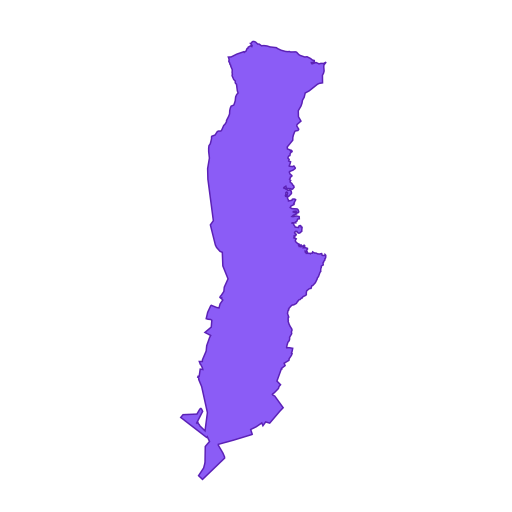 the district of Mereni, Covasna, Romania, rotated 351°
{"feature_id": "2599482B11126024724962", "entity_name": "Mereni", "entity_type": "district", "adm_level": 2, "iso_a3": "ROU", "parent_name": "Romania", "parent_adm1": "Covasna", "projection": "orthographic", "projection_center": [26.261, 46.117], "detail": "fine", "context": "isolated", "style": "filled", "palette": "violet", "viewbox_px": 512, "rotation_deg": 351, "n_neighbors": 0, "source": "geoboundaries", "source_scale": "gbopen_adm2", "svg_char_len": 6091}
<svg xmlns="http://www.w3.org/2000/svg" viewBox="0 0 512 512"><g transform="rotate(351 256 256)"><path d="M193.4,450.7L193.5,449.5L192.5,445.5L189.2,437.1L189.3,436.1L204.7,434.4L224.0,431.7L224.4,431.5L223.6,426.5L229.5,424.7L235.6,421.8L236.3,424.7L239.6,421.4L243.4,423.2L255.4,412.9L259.1,410.1L252.6,397.3L250.9,396.0L250.5,395.3L250.8,394.8L252.6,394.0L257.4,390.4L258.4,388.4L260.1,387.0L257.1,382.8L263.4,371.4L263.8,371.5L263.8,370.9L267.6,368.8L267.0,366.3L272.2,364.2L272.7,362.6L275.4,359.7L276.3,358.2L276.4,357.9L275.8,357.5L276.8,355.7L277.8,352.9L274.3,351.7L272.0,351.5L271.9,351.2L272.7,348.9L274.0,346.2L275.5,344.9L276.2,343.4L276.5,341.5L279.1,338.3L279.1,336.5L280.0,334.8L279.9,333.6L278.7,330.8L278.0,328.5L277.5,325.3L277.9,324.6L277.8,323.6L278.3,321.5L278.8,321.4L278.1,317.8L279.0,315.1L279.8,314.5L279.8,313.6L280.3,313.4L280.4,312.8L283.4,310.4L284.8,310.0L285.5,310.2L288.5,309.1L289.5,307.8L290.2,307.5L290.5,306.8L291.8,305.9L292.7,305.9L294.4,304.6L294.8,304.8L296.1,303.5L299.1,302.6L299.7,301.9L299.9,300.3L300.6,298.3L303.6,296.6L305.3,296.6L306.4,294.2L307.5,294.0L310.4,291.7L312.8,288.3L313.2,287.2L314.4,286.2L316.6,282.2L317.6,281.3L317.6,280.4L318.1,278.4L318.7,277.6L318.9,276.2L321.0,275.3L321.1,273.3L321.8,272.7L321.9,272.1L323.4,270.7L323.7,269.3L324.2,269.1L324.7,268.1L325.0,266.2L324.4,265.3L324.2,265.9L323.6,266.2L321.6,265.8L321.3,265.2L321.4,264.0L321.8,263.8L319.1,264.0L317.1,263.5L316.0,262.6L314.1,262.1L312.6,260.8L312.0,262.0L310.4,261.9L310.1,262.3L308.9,261.6L307.7,261.6L307.3,261.2L306.1,261.3L305.8,260.4L304.9,259.8L305.3,259.9L305.3,259.1L305.9,259.5L306.3,259.0L307.2,259.8L306.9,258.5L307.6,257.2L307.9,257.2L308.0,256.5L306.2,255.6L303.9,255.3L304.1,254.9L305.5,254.7L305.7,253.4L305.5,253.1L305.0,253.5L304.9,253.2L304.4,253.4L304.3,253.1L302.6,253.9L301.7,253.9L301.6,253.5L302.3,252.7L302.3,252.4L300.2,253.4L299.8,252.2L301.6,252.3L300.8,251.3L299.0,250.1L297.4,248.1L297.2,247.2L297.4,246.6L298.4,245.3L296.2,244.0L296.6,243.4L296.7,242.7L297.1,243.0L297.1,242.4L297.5,242.6L297.8,241.8L298.5,241.9L299.0,241.3L299.1,240.8L298.5,240.5L297.7,239.1L298.0,238.4L299.1,238.2L299.4,237.8L299.9,238.3L300.3,238.2L300.9,239.5L301.9,240.2L303.1,240.0L305.2,238.6L305.2,237.8L306.0,234.9L305.8,234.5L305.1,234.4L305.0,233.2L304.5,232.8L303.3,232.9L302.4,234.5L299.2,233.6L299.1,232.8L298.4,231.7L298.1,229.9L296.7,229.2L296.9,228.8L300.4,229.5L300.3,228.6L301.6,228.2L302.1,227.6L302.8,226.1L304.6,226.0L304.8,223.8L302.1,222.8L298.7,222.9L297.7,222.6L299.3,221.5L302.7,220.8L302.4,219.6L300.5,218.9L299.6,218.3L299.8,217.9L302.5,217.9L303.1,219.2L304.0,219.9L304.8,219.7L305.2,218.7L304.7,216.7L303.9,215.9L298.9,214.8L297.3,213.5L298.4,212.1L301.6,211.1L301.5,210.0L302.2,209.7L302.3,208.9L304.0,206.7L303.3,205.9L301.4,205.5L300.7,205.7L300.2,206.6L296.7,206.7L296.8,205.8L296.2,204.4L296.3,202.4L294.6,201.7L294.4,201.1L295.0,200.0L295.4,198.1L296.1,197.6L296.9,198.2L297.0,199.0L296.0,201.1L296.3,201.7L297.5,202.3L300.6,200.0L301.0,199.3L300.8,198.2L301.0,197.5L299.9,196.2L297.7,196.2L296.8,195.0L296.1,194.8L295.5,193.9L294.4,193.6L294.0,193.1L294.4,192.6L296.4,191.7L296.6,193.5L297.1,194.1L300.8,194.9L301.9,195.8L302.8,195.5L304.4,194.0L304.1,192.3L303.5,191.9L302.8,190.0L301.3,188.4L301.3,187.9L302.1,186.8L301.3,186.0L301.1,185.4L301.9,184.6L302.3,183.5L303.7,182.9L304.0,182.5L304.0,182.1L302.4,180.3L302.0,178.3L302.4,177.8L306.0,177.0L308.4,175.7L308.6,175.2L307.5,173.0L306.0,173.4L302.9,172.5L302.9,172.1L304.2,170.0L304.9,168.3L303.1,167.3L303.9,165.7L302.9,164.6L303.0,163.7L303.9,162.4L305.2,162.1L305.8,160.0L307.1,158.9L307.8,158.7L308.1,158.1L307.1,156.9L306.4,157.5L305.8,156.3L303.8,155.2L303.9,153.2L310.4,147.4L310.9,144.7L311.9,142.3L313.7,139.2L314.3,138.7L317.0,138.6L317.9,137.8L318.0,137.3L316.6,134.0L316.8,133.2L317.2,132.5L321.5,129.8L319.7,125.1L320.5,119.1L323.9,114.9L325.3,112.3L326.3,109.4L328.4,106.8L330.1,102.7L334.4,101.2L343.5,96.0L345.6,95.4L348.8,95.4L349.9,87.9L351.3,86.0L352.2,83.9L352.5,79.8L353.0,77.9L355.6,75.5L352.8,76.4L350.3,75.9L348.3,76.1L345.6,74.3L341.4,75.0L340.9,74.2L340.9,73.6L341.8,73.8L343.9,73.3L344.2,72.7L344.1,72.0L342.4,71.3L340.8,69.5L337.6,67.2L335.3,67.1L331.0,64.8L329.8,63.8L328.0,61.1L327.2,60.6L322.0,59.9L320.9,59.2L319.5,59.2L317.2,58.6L313.0,56.7L309.9,54.6L308.7,53.4L302.6,51.7L299.8,50.3L296.7,49.4L294.3,49.2L292.3,47.2L290.8,46.9L289.0,44.6L287.4,43.7L286.0,43.7L284.3,45.2L283.8,45.2L285.1,47.5L284.6,48.5L283.5,47.6L281.0,48.5L280.4,49.6L279.9,49.6L279.2,50.2L278.5,51.8L276.3,53.0L276.0,52.3L268.6,53.6L262.6,55.5L259.8,55.2L260.2,57.4L259.6,59.7L260.2,61.1L260.3,62.8L260.8,63.5L260.8,64.8L261.7,68.3L261.1,71.0L261.1,72.9L260.7,73.5L260.6,74.3L261.6,78.2L262.9,79.9L262.6,81.6L262.8,82.3L263.6,83.3L263.4,89.9L263.8,92.2L262.2,93.5L260.8,95.6L259.7,99.6L257.9,103.1L257.5,103.5L254.9,104.1L253.8,105.8L252.8,108.3L252.1,111.6L250.8,113.8L248.1,117.5L247.8,118.9L246.1,120.9L244.5,122.1L242.0,126.0L241.1,126.9L240.3,127.1L238.8,126.7L237.3,127.0L234.5,130.1L231.1,130.8L230.7,131.4L230.5,132.9L229.8,134.8L228.4,138.0L226.8,139.7L226.1,142.2L225.6,145.4L225.3,152.0L221.9,162.1L220.5,172.7L219.4,214.5L215.8,218.1L217.6,238.8L218.4,241.4L221.2,245.8L223.3,247.1L221.7,260.6L224.8,274.2L219.8,281.8L218.7,286.0L215.5,289.5L214.4,290.3L213.9,291.3L214.7,292.2L215.5,292.0L215.3,292.8L216.3,294.3L213.1,297.6L211.3,301.5L209.1,300.7L204.1,297.7L203.4,298.2L199.5,304.0L197.0,310.1L198.8,311.0L201.3,311.6L202.3,312.6L200.7,319.2L193.6,323.5L198.8,327.4L197.4,329.3L193.3,336.8L191.9,342.1L186.9,350.1L186.5,351.8L183.5,351.3L184.1,354.3L184.4,354.4L185.5,357.9L185.7,359.8L183.2,359.0L181.1,365.8L180.0,365.7L179.5,366.6L180.2,367.1L180.3,368.6L180.1,369.0L181.9,376.5L183.5,403.1L178.3,420.7L174.0,415.0L173.5,413.5L172.9,412.8L172.6,411.3L170.9,412.2L179.0,401.1L178.3,398.7L177.7,397.9L176.6,398.4L172.9,402.9L159.1,401.3L156.4,403.7L178.7,427.3L179.0,427.5L179.6,426.9L181.1,431.9L176.1,436.2L173.4,451.6L172.7,453.6L171.1,457.2L164.9,464.0L168.2,468.3L193.4,450.7Z" fill="#8b5cf6" stroke="#5b21b6" stroke-width="1.5"/></g></svg>